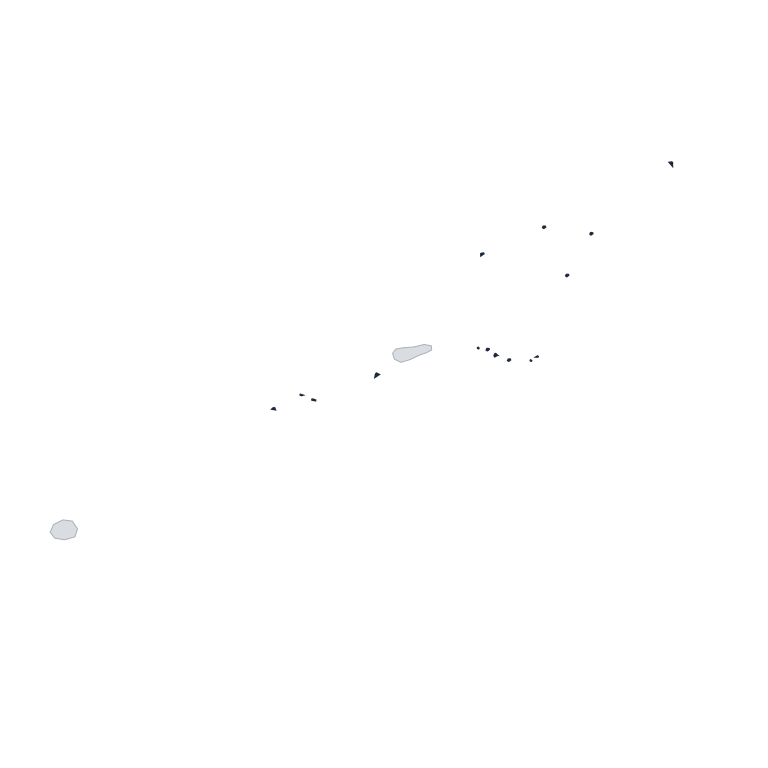 Maldives, with Kaafu highlighted, rotated 58°
{"feature_id": "MDV-5230", "entity_name": "Kaafu", "entity_type": "Atoll", "adm_level": 1, "iso_a3": "MDV", "parent_name": "Maldives", "parent_adm1": "", "projection": "natural_earth1", "projection_center": [73.522, 4.408], "detail": "fine", "context": "in_parent", "style": "outline", "palette": "slate", "viewbox_px": 768, "rotation_deg": 58, "n_neighbors": 0, "source": "natural_earth", "source_scale": "10m", "svg_char_len": 1844}
<svg xmlns="http://www.w3.org/2000/svg" viewBox="0 0 768 768"><g transform="rotate(58 384 384)"><path d="M374.6,358.2L368.4,362.0L362.6,360.5L360.6,355.6L363.5,348.4L368.4,339.1L371.7,329.1L376.6,323.7L380.4,325.5L380.0,331.2L378.2,338.9L377.1,348.9L374.6,358.2ZM340.4,744.9L332.8,745.7L328.0,738.6L329.1,728.3L335.0,721.1L344.4,720.6L349.8,727.1L347.0,737.1L340.4,744.9Z" fill="#d9dde1" stroke="#a8b0b8" stroke-width="1"/><path d="M373.2,383.4L373.3,387.6L371.9,386.3L371.2,385.5L371.1,384.6L372.1,384.1L373.2,383.4ZM351.4,23.8L347.6,24.4L348.4,22.5L349.2,22.3L350.2,23.1L351.4,23.8ZM419.6,272.8L419.3,273.8L419.5,274.8L419.3,275.5L418.9,275.4L418.2,275.2L417.4,273.6L417.9,273.2L418.7,273.2L419.6,272.8ZM326.2,229.7L326.4,233.5L325.1,232.8L325.1,232.1L325.6,231.1L326.2,229.7ZM336.3,163.2L336.3,163.3L336.3,164.3L336.5,165.3L336.4,165.9L335.6,166.3L334.9,165.3L335.2,164.7L335.8,164.1L336.3,163.2ZM410.2,275.9L410.1,277.0L410.4,277.9L410.3,278.6L409.5,279.0L408.8,278.0L409.0,277.4L409.6,276.8L410.2,275.9ZM366.9,126.6L366.8,127.7L367.1,128.7L367.0,129.3L366.2,129.6L366.0,129.4L365.5,128.7L365.7,128.0L366.4,127.5L366.9,126.6ZM389.4,169.2L389.4,169.3L389.4,170.4L389.6,171.3L389.6,171.9L388.7,172.3L388.5,172.0L388.1,171.3L388.3,170.7L388.9,170.1L389.4,169.2ZM430.4,263.3L430.3,264.4L430.6,265.4L430.5,266.0L429.7,266.4L429.1,265.4L429.3,264.8L429.9,264.2L430.4,263.3ZM347.8,489.9L347.1,490.6L346.5,491.5L346.0,492.0L345.8,491.1L346.1,489.8L346.6,489.6L347.3,489.8L347.8,489.9ZM362.2,450.3L359.5,453.2L358.7,453.8L359.3,452.5L360.1,451.8L362.2,450.3ZM404.6,284.5L403.4,285.4L402.3,285.2L402.2,285.2L404.6,284.5ZM350.1,459.3L349.9,460.0L348.3,460.9L348.1,461.0L350.1,459.3ZM442.9,238.6L441.8,240.2L441.8,239.2L442.9,238.6ZM442.9,246.2L442.2,247.2L441.0,247.5L440.9,247.6L442.9,246.2Z" fill="none" stroke="#1e293b" stroke-width="2"/></g></svg>